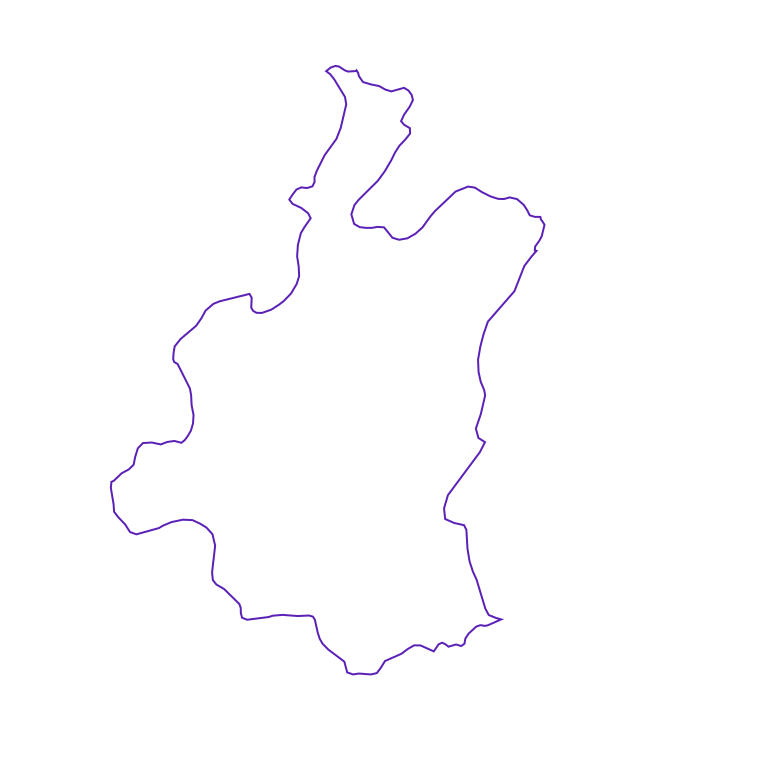 an SVG outline of Houet, rotated 25°
{"feature_id": "BFA-2799", "entity_name": "Houet", "entity_type": "Province", "adm_level": 1, "iso_a3": "BFA", "parent_name": "Burkina Faso", "parent_adm1": "", "projection": "natural_earth1", "projection_center": [-4.316, 11.385], "detail": "fine", "context": "isolated", "style": "outline", "palette": "violet", "viewbox_px": 768, "rotation_deg": 25, "n_neighbors": 0, "source": "natural_earth", "source_scale": "10m", "svg_char_len": 2961}
<svg xmlns="http://www.w3.org/2000/svg" viewBox="0 0 768 768"><g transform="rotate(25 384 384)"><path d="M216.0,116.3L219.4,116.0L226.2,112.3L226.5,111.3L229.1,113.0L231.2,115.6L237.3,119.2L245.6,118.0L253.7,116.0L260.8,116.6L267.0,115.7L277.0,107.1L282.2,107.7L287.0,110.4L290.2,114.4L290.1,121.7L288.4,131.2L288.4,138.6L292.8,140.6L299.3,141.2L301.8,145.9L300.0,153.4L297.3,161.4L296.2,169.4L296.0,178.4L294.8,190.9L292.5,202.5L283.2,227.7L281.6,234.4L282.7,244.0L289.2,251.5L295.7,252.1L301.7,250.1L307.2,247.5L311.6,244.4L317.8,242.0L329.9,247.9L336.7,246.9L343.6,242.1L349.0,234.5L352.7,225.8L355.3,212.2L357.1,205.8L367.5,179.4L376.7,169.6L383.4,167.6L391.8,168.7L400.7,169.0L409.1,168.0L414.5,165.7L419.0,161.8L426.4,160.2L434.9,162.6L440.5,166.1L444.8,169.5L450.0,168.8L455.1,166.5L456.6,168.5L459.7,170.2L462.2,171.9L464.5,183.5L464.2,188.7L462.9,195.5L464.2,199.2L465.9,198.9L463.9,205.8L461.3,217.7L463.0,244.7L451.8,283.6L453.2,296.9L455.5,309.4L459.0,322.3L464.6,333.1L470.7,341.1L477.4,347.2L480.5,351.6L484.5,370.6L486.1,385.6L492.4,393.0L500.1,394.0L499.7,405.2L488.9,457.7L491.0,471.4L496.5,480.5L506.3,480.3L516.3,478.1L517.7,479.4L520.2,481.2L529.4,498.2L536.6,508.7L543.9,516.5L550.6,522.2L570.6,544.6L576.5,549.1L584.4,548.7L589.7,547.8L579.8,559.1L577.0,560.9L575.2,561.2L573.2,561.9L570.1,564.9L566.2,574.4L565.3,580.2L566.7,585.5L564.6,588.9L559.4,589.6L553.5,594.8L549.6,593.9L546.0,593.9L543.5,596.9L542.1,605.3L527.6,605.5L521.8,608.1L517.8,613.7L513.8,621.1L502.0,634.6L501.1,642.2L499.7,649.0L495.0,652.7L483.7,657.0L478.7,660.3L472.5,660.9L465.4,652.4L445.7,648.2L438.0,645.3L433.3,642.0L428.9,637.2L421.0,626.9L417.9,624.9L413.9,625.5L404.0,630.7L389.7,636.1L381.1,641.0L378.0,643.9L359.6,655.5L354.1,655.8L351.0,652.0L348.8,647.5L345.8,644.5L325.8,637.4L316.9,636.6L311.8,634.1L307.8,627.4L299.3,601.9L292.0,592.6L283.6,589.1L276.2,588.3L268.0,588.3L259.2,591.9L249.8,598.9L243.6,605.7L240.9,609.7L223.1,624.9L216.4,625.5L208.8,620.7L199.4,617.0L193.4,613.9L189.7,607.2L180.3,593.5L178.3,587.9L180.0,585.9L184.0,575.7L188.8,569.3L191.2,563.0L189.3,555.2L188.1,546.3L190.5,539.4L198.2,535.2L207.2,533.1L212.0,528.2L218.1,524.2L225.2,522.9L227.2,518.9L228.2,513.6L228.7,507.8L227.6,500.5L224.5,492.6L218.7,484.7L213.9,475.6L209.9,470.0L188.5,453.1L184.4,452.7L182.4,450.5L180.2,444.8L178.4,438.4L180.6,429.2L189.2,410.5L190.7,401.7L191.3,392.8L195.5,383.5L200.1,378.5L224.0,359.2L227.6,361.7L231.4,370.9L234.4,373.0L238.2,373.4L243.3,371.2L250.4,364.3L255.2,356.7L258.1,351.1L261.5,341.3L262.6,330.2L261.5,322.1L257.0,313.5L251.3,305.0L247.2,294.4L244.9,282.5L245.6,275.4L247.5,264.8L243.1,261.3L234.5,259.4L225.1,259.4L220.2,256.9L221.2,250.4L222.5,244.7L225.9,240.8L231.5,238.9L235.6,235.1L235.7,230.2L233.6,226.0L233.0,219.3L233.5,201.7L237.3,181.9L236.5,170.0L231.6,146.5L227.3,140.3L210.1,128.9L204.4,126.0L199.4,124.9L201.9,119.8L205.5,116.3L209.1,115.3L216.0,116.3Z" fill="none" stroke="#5b21b6" stroke-width="2"/></g></svg>